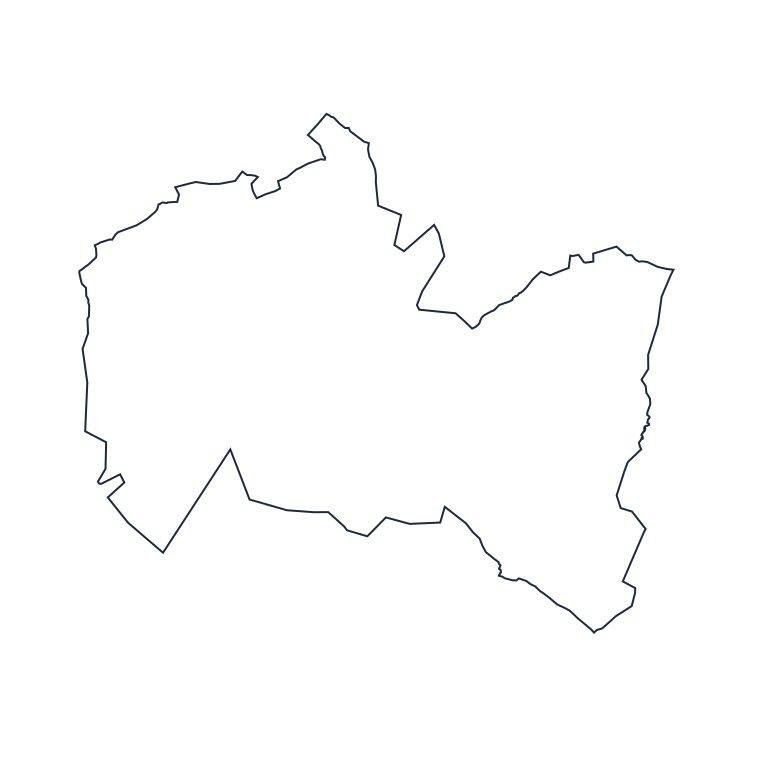 the district of Fika, Yobe, Nigeria, rotated 352°
{"feature_id": "59680162B28106531466158", "entity_name": "Fika", "entity_type": "district", "adm_level": 2, "iso_a3": "NGA", "parent_name": "Nigeria", "parent_adm1": "Yobe", "projection": "albers", "projection_center": [11.32, 11.337], "detail": "fine", "context": "isolated", "style": "outline", "palette": "slate", "viewbox_px": 768, "rotation_deg": 352, "n_neighbors": 0, "source": "geoboundaries", "source_scale": "gbopen_adm2", "svg_char_len": 4234}
<svg xmlns="http://www.w3.org/2000/svg" viewBox="0 0 768 768"><g transform="rotate(352 384 384)"><path d="M364.5,108.6L354.2,117.8L343.3,126.8L348.9,133.2L352.8,137.4L354.1,139.6L354.0,140.9L355.3,145.0L355.3,147.5L355.9,148.6L355.9,149.6L356.9,150.7L357.3,151.9L356.5,153.7L352.8,152.6L344.9,154.1L339.2,155.2L334.2,157.0L332.1,157.8L329.4,158.7L327.1,159.3L324.8,160.7L316.9,165.7L307.3,168.4L308.3,175.9L303.2,177.8L293.2,179.6L283.8,182.3L282.5,179.1L280.9,174.0L280.6,167.3L287.8,161.5L285.4,159.8L280.8,158.5L277.4,158.0L276.2,156.8L273.3,153.9L264.8,162.2L249.1,162.9L239.4,161.7L225.7,157.8L218.9,158.4L204.6,160.1L207.4,167.9L204.6,174.9L199.7,174.4L196.7,174.2L195.0,174.1L194.3,174.5L193.7,174.5L190.2,173.4L189.3,173.6L188.7,173.8L187.4,174.5L185.8,174.7L183.6,179.7L181.3,181.8L172.4,187.5L161.2,192.4L142.0,196.6L138.9,198.6L134.8,203.3L132.7,202.7L124.9,204.0L122.3,204.5L120.4,205.4L116.9,206.4L117.6,210.0L117.2,216.2L116.4,218.7L112.7,221.2L110.4,222.8L106.9,225.2L104.8,226.1L101.4,228.2L98.1,229.7L97.7,231.6L98.0,234.5L98.0,235.7L98.4,239.7L98.8,242.8L102.3,247.3L101.4,255.3L103.0,259.4L102.5,262.4L103.0,265.4L102.2,270.1L102.0,271.3L101.2,276.1L100.4,277.0L99.3,278.5L98.7,285.2L98.3,289.7L98.1,292.4L94.5,299.4L93.1,302.1L91.6,304.9L90.4,307.3L90.4,334.9L90.4,341.3L81.5,389.2L100.7,403.0L99.6,410.1L96.4,429.3L87.1,440.9L87.9,442.7L88.8,443.3L90.1,443.5L110.1,436.7L113.1,445.4L94.7,457.9L111.2,485.7L128.7,505.6L141.7,520.3L222.7,427.4L234.8,479.7L270.3,495.5L296.7,501.2L310.9,503.1L324.7,519.5L327.0,523.7L346.3,532.5L367.3,516.4L390.0,526.1L419.0,528.9L420.4,529.0L427.1,514.1L445.9,533.5L451.3,543.0L457.2,550.4L459.1,558.4L461.5,564.8L465.7,569.1L468.8,572.5L472.7,576.4L472.9,578.3L473.7,579.2L474.1,579.7L473.9,580.3L472.2,583.1L473.5,584.1L473.6,584.7L473.8,585.2L473.5,586.0L473.6,586.9L473.2,587.1L472.5,587.7L472.1,588.5L471.2,589.3L471.0,589.8L474.2,591.2L476.8,593.3L481.0,595.0L484.1,596.3L487.5,596.8L487.8,596.9L490.5,595.3L495.4,597.8L497.4,598.8L501.4,602.7L505.6,605.5L509.9,611.0L512.9,613.6L518.6,619.4L524.8,626.4L531.9,631.0L536.4,634.4L539.5,638.2L543.5,643.2L555.0,655.9L557.4,659.4L560.6,657.2L566.0,656.4L574.2,651.0L581.1,646.3L598.4,638.4L603.5,625.9L604.4,621.1L593.0,612.7L621.0,566.5L622.9,564.0L611.8,544.8L601.1,539.8L598.9,526.7L609.9,503.8L614.5,495.4L614.6,495.2L628.1,485.5L628.3,485.4L629.6,484.5L628.8,481.9L628.3,478.2L628.6,477.2L630.6,475.2L631.3,474.0L631.6,473.3L631.8,473.2L632.1,473.3L632.2,474.1L632.2,474.3L632.4,474.3L632.6,474.1L632.7,473.7L632.8,473.1L632.7,471.8L632.5,471.1L632.1,470.9L631.8,470.5L631.9,470.2L632.0,470.0L632.5,469.3L633.3,468.6L633.6,468.3L633.7,467.9L634.0,467.6L634.5,467.5L634.7,467.4L634.7,467.0L634.8,466.9L635.0,466.8L635.3,466.9L635.5,466.8L635.7,466.2L636.0,466.1L636.1,465.8L636.0,465.5L635.6,465.7L635.4,465.5L635.7,465.1L636.4,464.9L636.5,464.6L636.3,464.2L636.5,463.9L636.4,463.6L635.8,463.6L635.6,463.6L635.7,463.1L636.1,462.6L637.2,462.0L638.8,462.0L639.8,461.7L640.7,461.5L640.9,460.2L639.4,459.1L640.0,457.3L640.5,455.9L641.8,454.9L642.4,453.9L642.1,453.0L640.3,451.2L641.0,448.4L644.9,441.1L645.3,435.7L644.2,432.7L642.6,429.3L642.8,425.1L642.8,422.3L639.6,415.6L647.8,405.9L649.6,391.9L663.4,363.2L671.1,336.1L682.6,316.9L686.5,311.1L679.8,309.4L671.3,306.1L661.7,299.8L657.0,298.5L653.4,298.3L650.2,295.9L647.7,291.5L646.4,290.7L642.0,290.3L633.4,280.3L609.3,284.0L608.4,291.9L600.4,291.9L598.8,291.1L594.7,283.2L594.0,283.2L589.3,283.5L587.8,283.3L586.4,282.7L583.1,294.8L572.8,297.1L563.7,299.5L555.0,294.6L546.2,300.8L538.6,308.1L534.7,311.1L532.1,312.6L530.5,312.9L529.4,314.0L528.3,315.1L526.3,315.2L525.4,315.9L523.7,316.5L522.8,318.5L519.6,319.8L509.1,321.8L504.8,325.2L502.8,326.5L500.7,326.9L494.9,329.0L492.2,330.2L490.0,331.9L488.4,334.2L486.8,337.4L482.9,340.1L479.0,341.4L472.6,333.2L464.7,323.9L452.6,321.0L437.1,317.2L429.2,315.3L427.6,310.4L434.6,297.7L461.5,266.0L459.3,242.8L455.8,233.4L422.3,255.3L413.6,247.8L424.5,219.0L403.0,206.6L404.0,182.8L405.0,176.9L405.0,174.5L405.1,170.4L403.5,163.2L401.2,157.2L400.8,149.5L402.5,143.4L397.8,141.1L385.8,129.1L384.7,125.6L381.1,125.1L376.1,119.8L371.1,112.9L368.8,112.0L367.3,110.4L364.5,108.6Z" fill="none" stroke="#1e293b" stroke-width="2"/></g></svg>